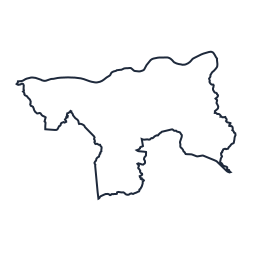 Miracema do Tocantins, Tocantins, Brazil (Robinson projection), rotated 264°
{"feature_id": "56859067B23142311952787", "entity_name": "Miracema do Tocantins", "entity_type": "district", "adm_level": 2, "iso_a3": "BRA", "parent_name": "Brazil", "parent_adm1": "Tocantins", "projection": "robinson", "projection_center": [-48.568, -9.714], "detail": "fine", "context": "isolated", "style": "outline", "palette": "slate", "viewbox_px": 256, "rotation_deg": 264, "n_neighbors": 0, "source": "geoboundaries", "source_scale": "gbopen_adm2", "svg_char_len": 5865}
<svg xmlns="http://www.w3.org/2000/svg" viewBox="0 0 256 256"><g transform="rotate(264 128 128)"><path d="M73.2,224.3L73.4,225.3L74.0,224.7L74.8,224.3L75.6,224.1L76.0,223.0L76.6,222.1L77.7,222.5L78.6,222.5L79.2,221.8L80.2,219.5L80.8,218.5L82.2,218.0L83.3,217.3L83.9,216.3L84.8,216.1L87.8,217.1L89.2,217.9L89.7,218.5L90.5,218.4L91.2,217.9L93.2,217.9L94.0,219.1L94.9,219.1L95.6,220.0L96.7,220.4L97.1,221.5L97.2,222.5L96.7,223.3L97.0,225.4L98.4,226.2L99.0,227.1L99.8,228.0L100.7,228.7L101.4,229.8L101.9,231.4L102.9,231.9L103.9,232.1L105.0,232.5L107.3,233.0L108.1,233.3L109.7,234.2L111.6,234.1L112.3,233.0L113.4,232.8L114.3,232.2L114.9,231.5L115.8,232.1L117.3,232.1L118.3,231.9L119.1,231.1L119.2,229.9L119.5,228.9L120.2,229.0L120.9,229.4L121.5,230.3L122.2,230.4L123.3,227.3L124.0,226.6L124.7,226.2L125.3,226.8L126.1,227.0L126.9,226.8L127.7,226.2L128.8,225.9L128.7,224.5L128.8,222.9L129.7,222.0L129.6,221.2L130.7,221.4L131.7,220.7L132.3,220.0L132.6,219.1L132.6,218.2L133.2,217.7L133.8,217.0L133.9,215.9L134.7,216.1L135.7,216.2L137.5,218.9L138.3,219.6L140.0,220.0L142.4,219.2L143.2,218.7L143.9,218.7L145.5,219.3L146.2,219.5L146.9,219.3L147.4,218.6L148.1,218.1L149.2,219.8L149.8,220.4L150.6,220.9L151.5,220.8L152.1,220.1L153.1,220.0L153.8,219.2L154.0,218.3L154.8,217.6L157.0,216.6L157.9,216.6L158.7,216.7L159.6,217.2L160.5,217.4L161.3,217.7L162.2,217.4L162.5,215.6L163.1,215.0L164.7,214.0L165.6,213.9L166.3,214.3L168.6,213.8L170.1,215.1L171.2,215.5L172.1,215.5L172.9,216.2L173.9,216.9L174.8,217.7L175.9,219.4L177.7,221.4L179.0,222.6L179.8,223.1L181.0,223.4L182.3,223.6L186.8,223.6L187.7,223.8L189.4,222.8L191.2,222.1L193.4,221.0L194.3,220.3L195.0,219.1L195.2,218.1L195.1,216.3L194.1,210.8L193.5,208.6L190.9,201.6L190.2,199.9L189.4,198.8L188.6,198.1L187.1,196.3L186.0,194.3L185.2,191.9L185.1,190.8L185.2,188.7L185.7,187.4L186.3,185.1L187.2,182.9L188.5,180.8L189.2,180.2L190.9,179.0L192.5,177.5L193.3,176.3L193.8,175.3L194.1,174.2L194.2,172.8L194.8,166.3L194.8,164.9L194.4,160.7L194.2,159.8L193.9,158.9L193.1,157.5L188.6,153.0L184.9,150.5L184.2,149.9L183.6,148.6L183.1,146.1L183.1,144.9L184.0,140.7L184.5,139.8L186.5,138.0L187.3,137.1L187.5,136.1L187.5,134.1L187.7,131.6L187.6,130.3L187.2,129.2L186.9,128.4L186.6,127.3L186.7,126.5L186.6,122.8L186.1,122.0L185.7,119.4L184.9,117.5L183.9,116.7L182.7,116.0L182.0,115.2L180.5,112.0L178.6,109.0L177.6,107.1L176.9,104.9L176.6,102.2L176.6,101.2L176.8,100.0L177.8,96.6L178.6,94.6L181.2,89.2L182.3,86.3L183.7,80.2L184.1,77.0L184.6,73.8L185.1,66.3L185.1,63.3L184.7,59.0L184.8,56.8L184.6,55.7L183.6,51.3L183.6,50.1L183.8,49.1L184.5,47.3L185.1,46.5L187.5,41.3L188.2,38.3L188.3,36.8L187.7,32.5L187.3,31.1L186.2,28.7L185.9,27.6L185.8,26.6L185.9,23.4L184.7,23.2L183.4,21.8L182.8,22.5L182.4,23.4L182.6,25.8L183.1,26.5L183.2,27.3L182.6,28.4L181.6,28.7L180.9,28.8L179.8,28.5L178.5,28.4L177.6,28.1L176.9,28.4L175.9,28.4L175.3,27.4L174.5,28.0L173.3,28.6L172.4,28.4L171.5,28.8L170.9,29.6L170.5,30.3L169.9,31.1L169.0,31.4L166.8,33.2L166.0,33.6L164.3,34.0L163.3,33.7L162.6,33.7L161.9,33.2L160.3,33.6L159.7,34.8L159.0,35.7L157.1,36.3L156.0,36.4L154.1,37.2L153.4,37.7L152.9,38.3L152.1,38.9L151.9,39.7L152.2,41.5L151.8,42.5L149.8,43.6L149.1,44.3L148.0,46.2L147.2,47.2L143.2,45.7L142.4,46.4L141.7,46.5L138.3,45.9L135.4,45.6L134.7,49.4L133.7,55.1L133.6,56.5L134.0,57.6L134.9,58.3L137.0,59.6L137.2,60.5L138.0,61.3L139.3,61.7L140.0,62.4L140.6,64.6L140.0,65.5L140.6,67.2L141.4,67.2L142.2,66.6L143.0,66.2L143.6,66.7L144.2,67.4L145.2,67.7L144.9,68.9L146.2,69.4L146.6,68.5L147.4,68.6L148.2,68.9L148.9,69.1L149.0,70.0L149.5,70.5L149.7,71.5L151.0,72.6L150.5,73.4L149.5,73.1L148.7,73.9L148.0,74.3L147.2,74.6L146.5,74.6L145.8,75.0L143.3,76.6L141.5,78.6L140.6,79.1L139.9,79.4L138.2,79.5L137.1,79.8L137.2,80.9L136.8,82.1L136.3,83.1L135.0,84.7L133.4,85.3L123.3,93.3L122.1,93.8L121.3,93.3L120.4,93.1L119.4,93.6L118.2,93.7L117.5,93.1L116.8,93.4L115.9,93.6L115.4,94.3L115.6,95.5L114.3,97.3L114.2,98.5L113.0,98.8L112.0,99.6L111.1,99.7L108.7,99.1L107.6,99.1L106.8,98.1L106.1,97.7L105.4,97.8L104.8,97.0L103.6,96.5L102.6,96.2L101.9,94.6L100.8,93.4L98.9,92.8L98.4,92.1L97.7,91.5L96.8,91.0L95.8,91.2L95.0,91.7L93.8,91.4L67.4,91.1L60.8,91.2L61.2,92.1L62.2,92.7L63.0,93.7L64.3,97.5L64.7,99.0L64.5,101.2L64.0,102.2L63.2,102.9L63.1,103.7L63.8,104.4L64.0,105.2L63.7,106.2L63.8,107.1L63.6,109.2L63.7,110.0L65.2,110.5L65.4,111.8L64.6,114.8L64.5,116.6L64.0,117.4L63.4,118.0L62.8,118.4L62.1,119.2L61.7,120.3L61.6,121.3L61.8,122.2L62.4,123.3L62.6,124.7L62.1,125.4L61.9,126.3L62.4,127.4L62.9,129.6L63.5,131.1L63.8,132.3L64.7,132.9L65.6,132.9L66.5,134.3L67.4,134.7L68.2,135.5L71.3,136.8L73.0,137.0L74.1,138.3L74.8,138.0L75.3,137.3L75.3,136.3L75.9,135.6L76.6,136.2L77.1,135.2L78.0,134.7L78.9,134.6L79.4,136.3L80.1,137.2L81.1,137.2L81.6,136.4L82.3,135.8L83.2,135.4L84.2,135.7L85.9,134.9L86.7,134.1L87.4,134.0L89.3,135.0L90.1,134.6L90.7,133.9L91.4,133.6L91.8,134.7L91.3,135.6L91.0,136.7L90.3,137.9L90.0,139.2L90.6,140.1L91.0,140.9L91.6,141.3L93.4,141.4L95.3,140.6L96.3,140.9L97.2,141.4L98.4,142.7L99.1,143.1L100.1,143.1L101.4,143.4L102.3,143.4L102.8,141.3L103.8,136.2L104.3,135.1L105.0,134.3L105.5,136.2L106.4,137.8L107.4,138.0L107.9,138.9L108.1,140.2L108.5,141.0L115.6,140.5L115.0,141.6L114.7,142.9L114.7,145.9L114.2,147.7L114.4,148.8L115.0,149.4L115.5,150.4L115.3,151.4L116.2,152.8L116.8,153.4L117.7,155.6L117.5,156.4L117.6,157.3L118.4,157.7L118.8,158.5L119.5,159.2L119.9,160.2L120.7,161.1L122.0,171.1L122.0,171.9L121.5,172.6L120.9,173.1L120.4,173.7L120.3,175.5L119.5,176.1L119.0,177.2L118.6,178.4L118.1,179.3L116.2,180.2L115.3,180.8L113.6,180.5L108.8,178.3L108.0,178.2L106.2,178.4L104.5,178.1L103.6,178.2L102.9,178.6L102.2,179.4L100.5,180.4L98.9,180.8L98.1,181.7L96.1,182.6L95.8,183.9L95.2,188.2L94.9,189.0L92.7,193.3L92.5,194.2L92.8,198.7L92.8,199.6L92.4,200.4L87.4,209.7L86.1,212.0L85.6,212.7L75.1,221.5L74.2,222.4L73.2,224.3Z" fill="none" stroke="#1e293b" stroke-width="2"/></g></svg>